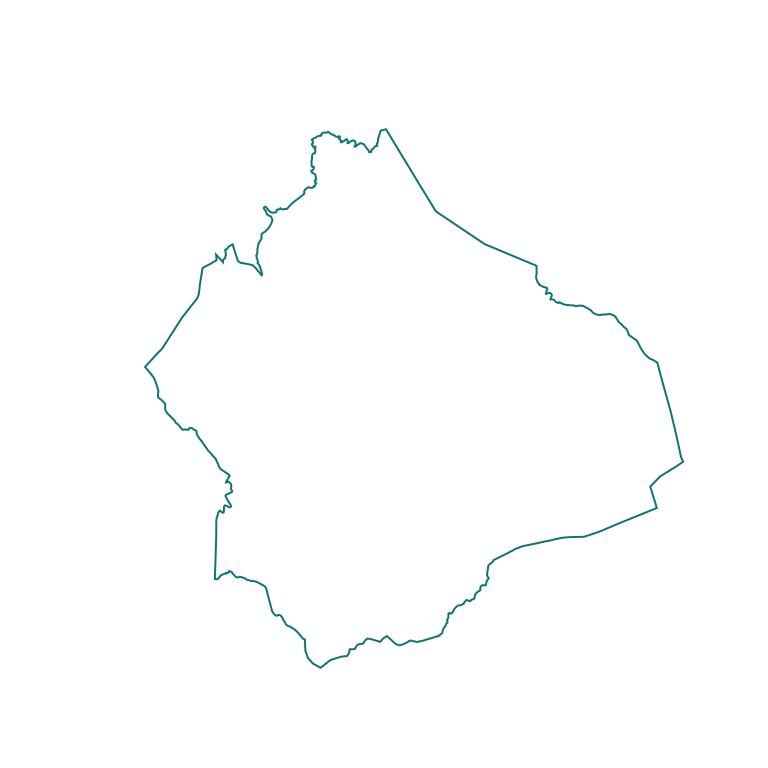 the district of Chila, Puebla, Mexico, rotated 329°
{"feature_id": "50627088B98885492847663", "entity_name": "Chila", "entity_type": "district", "adm_level": 2, "iso_a3": "MEX", "parent_name": "Mexico", "parent_adm1": "Puebla", "projection": "natural_earth1", "projection_center": [-97.885, 17.967], "detail": "fine", "context": "isolated", "style": "outline", "palette": "teal", "viewbox_px": 768, "rotation_deg": 329, "n_neighbors": 0, "source": "geoboundaries", "source_scale": "gbopen_adm2", "svg_char_len": 6166}
<svg xmlns="http://www.w3.org/2000/svg" viewBox="0 0 768 768"><g transform="rotate(329 384 384)"><path d="M301.7,628.2L301.7,627.9L304.8,627.6L305.8,627.3L307.9,625.1L310.0,623.8L312.0,623.1L313.2,621.9L315.7,621.0L316.6,618.8L318.1,617.9L319.4,616.6L320.3,615.2L320.8,614.1L322.1,613.9L323.1,615.3L325.0,615.2L328.9,612.8L332.9,612.0L336.2,613.1L339.1,613.4L340.5,612.5L343.4,611.6L346.0,614.6L347.8,614.0L350.7,614.5L351.9,613.4L353.8,611.3L355.7,610.6L360.4,610.3L361.7,608.1L363.4,607.1L364.9,607.3L367.5,608.9L370.9,605.5L373.7,604.5L373.7,601.3L375.2,599.1L379.9,593.4L381.1,593.0L385.4,592.5L387.3,591.4L406.5,592.9L412.3,593.1L419.6,594.5L434.2,599.7L439.9,601.5L445.9,603.8L450.6,605.1L457.6,607.6L464.5,611.0L476.8,618.0L492.5,621.5L515.2,624.7L554.0,630.8L559.4,609.1L573.2,605.4L591.8,605.2L600.5,604.7L600.8,600.2L608.8,576.6L615.4,555.7L625.4,519.8L629.3,506.4L627.1,502.1L624.7,498.7L622.9,492.9L622.5,486.3L622.9,481.0L623.0,476.9L619.1,468.0L620.1,463.7L620.0,461.3L618.8,458.1L618.7,456.6L617.1,451.5L617.1,447.2L616.9,445.0L616.1,443.2L615.4,442.5L614.3,441.0L612.7,439.8L610.0,438.7L607.5,437.2L604.2,436.0L601.8,433.7L600.0,431.0L599.3,427.6L597.8,424.4L594.9,419.7L593.2,418.3L591.2,417.1L588.7,416.2L587.0,414.3L584.3,412.6L579.4,408.7L576.6,404.6L576.2,404.1L575.7,404.5L574.4,403.5L573.6,402.2L573.1,399.7L572.6,398.7L570.3,397.1L571.2,396.1L573.4,394.7L574.0,392.8L572.4,390.7L569.7,390.4L569.3,390.1L569.6,389.6L573.1,386.3L573.2,385.7L569.9,381.8L568.3,379.0L568.2,374.8L569.0,371.6L570.0,369.8L571.7,368.0L575.6,361.2L542.3,315.9L517.4,262.8L517.1,224.5L516.9,166.7L511.6,165.1L504.8,171.2L503.3,173.6L501.3,174.5L500.8,176.3L498.3,175.7L496.1,176.8L494.5,176.7L493.3,177.4L492.7,178.5L490.7,177.8L491.0,176.3L490.1,167.9L487.9,165.4L483.7,165.4L482.3,165.9L481.1,165.4L481.5,164.9L482.2,164.8L482.8,164.2L483.6,163.0L484.0,161.7L484.0,160.5L483.5,160.1L483.0,159.2L482.5,159.0L479.5,158.9L479.1,159.1L477.8,159.1L476.9,158.8L478.3,156.5L478.2,155.1L477.6,154.8L474.4,155.1L473.5,154.6L472.5,155.1L471.8,154.9L471.6,154.3L472.2,153.9L472.5,153.2L472.3,152.1L471.8,151.0L471.8,150.3L473.0,150.1L473.3,149.8L473.5,149.4L473.3,148.6L471.4,148.2L470.2,147.1L469.5,145.7L469.2,144.4L468.0,143.7L466.0,139.1L464.4,139.1L463.3,138.3L461.4,137.3L459.3,137.4L459.1,137.9L458.7,138.0L458.5,138.4L457.5,138.7L455.9,137.8L454.9,137.5L451.6,137.5L450.2,137.2L448.9,137.6L448.0,137.5L447.8,140.0L446.9,141.0L445.6,141.2L445.5,143.0L445.3,143.6L445.5,144.2L447.1,144.8L447.3,145.2L447.2,146.1L446.5,146.6L445.6,146.7L445.2,148.9L444.1,150.3L443.5,150.4L442.8,150.1L441.7,150.1L440.3,150.8L438.2,154.0L436.5,155.8L434.6,159.3L434.3,160.7L434.7,161.3L435.4,161.4L435.6,161.7L435.5,162.3L434.5,163.3L433.3,163.9L432.6,164.1L431.5,163.8L431.3,165.7L432.3,167.7L432.8,169.0L432.8,169.9L432.2,171.0L431.7,173.0L431.4,173.5L430.8,173.9L429.9,173.8L429.3,174.3L429.3,176.6L428.4,176.7L428.0,177.8L427.3,178.6L426.2,178.4L425.7,178.4L425.7,178.8L425.1,179.1L423.8,178.9L422.6,178.5L420.8,176.7L419.8,176.1L419.5,176.2L418.7,176.5L416.4,176.7L416.0,176.9L414.8,177.8L414.2,179.3L413.2,179.5L412.8,180.1L398.6,181.7L391.1,183.9L386.9,182.0L386.3,181.5L385.7,180.0L383.8,180.3L383.1,179.8L381.8,179.5L380.5,181.0L379.6,181.1L377.5,180.3L376.6,179.6L375.5,178.4L374.5,175.9L374.1,171.9L373.7,170.9L372.2,170.8L371.5,171.3L371.3,171.8L371.7,174.2L371.6,175.9L371.2,177.0L371.2,178.3L371.5,179.6L373.2,182.0L373.4,182.9L372.8,186.0L370.4,188.1L366.0,190.7L361.1,192.1L357.5,192.2L356.2,192.6L353.7,196.4L350.9,197.9L349.1,198.6L348.9,199.2L346.4,201.3L346.0,202.2L344.7,203.4L343.6,205.6L341.3,207.9L340.6,208.2L340.5,209.1L339.9,210.1L339.5,212.5L338.8,214.4L337.9,215.1L338.3,217.0L338.2,218.5L337.2,223.6L336.1,227.1L335.1,227.7L333.6,218.1L332.4,214.3L328.5,210.5L323.5,206.3L322.4,204.0L322.3,202.5L326.1,186.4L321.5,186.2L319.2,187.3L317.4,187.1L316.7,187.3L316.6,188.7L316.2,189.5L315.5,190.5L314.8,192.4L313.6,193.0L312.6,194.5L311.1,194.4L309.6,195.1L308.7,196.6L306.7,186.7L304.4,191.4L303.0,191.8L300.7,191.5L296.5,191.6L291.6,191.2L288.2,191.2L277.0,204.4L275.1,207.1L271.0,212.1L267.9,214.4L245.0,223.1L211.7,239.6L206.0,240.9L187.9,246.3L189.6,256.0L189.4,256.0L189.9,259.6L189.8,261.1L188.9,267.0L188.2,269.0L187.4,272.7L186.9,273.9L184.8,276.6L183.7,278.7L183.6,279.4L185.1,283.2L186.3,288.3L183.5,292.8L183.0,294.6L183.3,298.2L184.6,302.9L185.7,308.0L185.6,310.2L186.7,312.7L187.6,319.4L189.7,320.2L192.5,322.5L194.2,321.7L194.7,322.0L195.3,321.9L196.2,322.4L197.0,323.4L197.7,325.6L199.1,327.5L198.6,328.8L197.8,330.0L197.6,331.7L197.7,335.8L198.2,338.8L199.0,350.9L199.5,352.7L200.2,356.5L200.3,357.8L200.7,358.8L201.2,361.5L200.7,364.2L200.5,367.8L200.0,369.8L200.0,371.5L200.4,373.3L204.3,381.7L204.5,382.2L204.3,383.3L203.2,383.6L202.4,384.4L201.5,384.7L198.5,386.4L197.9,387.0L200.4,387.7L201.4,390.9L200.9,392.3L198.7,395.3L198.7,397.5L198.2,398.2L195.5,398.1L192.3,397.6L191.0,397.7L190.4,398.7L190.1,405.5L190.3,407.5L190.0,409.8L189.5,410.3L188.9,410.5L188.2,410.2L187.2,409.0L186.0,406.9L185.2,406.2L184.3,406.3L183.4,407.0L181.7,409.9L180.4,411.4L179.6,411.4L179.1,410.6L178.4,408.7L177.8,407.9L176.1,408.7L171.3,413.0L169.1,415.9L166.5,420.4L159.8,431.2L139.2,463.1L138.7,464.3L140.6,465.5L142.3,465.3L145.7,464.0L149.3,464.4L150.3,464.7L150.9,465.2L151.4,464.6L153.5,465.7L154.9,464.6L156.7,466.8L156.6,468.9L157.3,471.1L157.4,472.5L158.1,473.7L158.7,474.4L161.2,475.0L162.0,475.7L165.0,479.4L165.7,481.3L167.3,482.8L168.5,484.3L170.2,485.3L172.9,488.0L176.4,493.7L177.4,495.7L177.9,497.8L171.1,521.0L171.2,524.3L171.9,526.7L173.0,527.5L174.5,527.6L175.5,528.2L176.2,529.5L176.6,531.5L176.3,534.1L176.2,539.8L177.1,542.1L178.5,543.5L180.7,547.8L182.3,552.9L183.3,560.4L184.6,562.2L179.2,572.2L177.7,579.8L179.1,587.0L183.4,594.5L186.1,594.3L195.7,593.0L206.7,595.6L212.2,598.2L215.4,596.6L218.0,593.7L222.2,596.2L226.2,594.2L227.3,593.9L229.6,594.5L232.5,595.8L234.1,594.8L235.3,594.3L237.5,593.7L238.8,593.8L241.2,595.7L248.0,603.1L252.0,601.7L256.7,601.6L260.0,612.5L260.5,613.4L262.9,616.1L265.4,616.8L271.0,617.4L273.1,617.2L274.9,617.7L279.3,622.1L285.6,624.2L301.7,628.2Z" fill="none" stroke="#0f766e" stroke-width="2"/></g></svg>